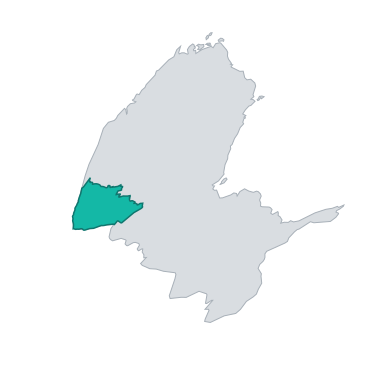 where North Karelia sits in Finland, rotated 143°
{"feature_id": "FIN-3190", "entity_name": "North Karelia", "entity_type": "Province", "adm_level": 1, "iso_a3": "FIN", "parent_name": "Finland", "parent_adm1": "", "projection": "equal_earth", "projection_center": [29.553, 62.804], "detail": "fine", "context": "in_parent", "style": "filled", "palette": "teal", "viewbox_px": 384, "rotation_deg": 143, "n_neighbors": 0, "source": "natural_earth", "source_scale": "10m", "svg_char_len": 6231}
<svg xmlns="http://www.w3.org/2000/svg" viewBox="0 0 384 384"><g transform="rotate(143 192 192)"><path d="M148.1,162.9L146.1,158.6L143.2,154.8L139.9,153.8L138.9,152.4L138.5,149.4L139.2,147.1L142.9,144.9L143.7,141.9L145.8,139.5L144.9,138.0L139.5,133.6L138.8,132.2L138.6,129.8L141.9,127.7L141.2,125.6L135.3,124.7L135.6,123.4L137.4,121.3L136.6,119.5L136.9,115.5L139.9,113.7L136.5,112.3L133.4,109.8L130.5,109.7L128.9,107.0L124.0,104.6L106.3,101.3L95.5,97.6L89.8,94.6L84.5,93.0L84.1,91.4L78.5,90.2L79.7,89.5L84.2,89.5L87.8,90.1L89.1,89.3L87.8,87.0L88.1,86.4L92.4,85.2L99.2,85.2L113.2,94.1L115.3,97.0L129.0,98.0L130.5,98.7L134.2,98.5L142.3,97.1L145.5,95.1L148.5,95.3L168.0,99.7L171.0,98.7L173.0,96.0L174.6,94.8L176.9,93.9L181.5,93.4L185.2,91.2L185.8,85.0L187.6,83.2L191.2,77.2L197.4,74.5L202.0,71.7L206.4,71.4L214.4,71.9L224.0,69.1L230.1,68.7L240.8,73.7L255.9,76.8L259.8,81.0L257.9,82.6L249.7,87.2L249.4,88.4L252.2,90.5L240.6,93.0L241.5,93.7L247.5,94.1L248.2,95.0L241.9,100.9L241.7,102.0L246.2,108.5L260.0,111.3L263.8,114.3L273.6,120.1L272.6,122.8L257.8,133.0L254.5,135.8L254.0,137.6L262.5,145.9L266.9,151.9L271.9,156.2L275.9,163.3L276.1,165.8L267.9,167.2L270.1,168.5L268.2,170.8L267.9,174.0L265.6,176.1L266.0,176.7L270.0,177.2L270.3,178.6L270.0,179.5L265.9,181.2L265.5,182.9L267.6,185.9L269.4,186.9L275.7,187.8L276.5,188.6L276.7,190.8L273.8,192.9L273.8,193.7L276.5,197.6L284.8,200.8L285.7,203.1L285.7,204.7L285.2,206.1L278.8,211.5L274.0,213.2L283.5,219.0L300.4,226.4L307.8,232.8L308.4,234.6L303.0,242.7L300.8,245.0L287.0,254.1L267.5,269.3L257.6,276.1L238.4,286.4L224.5,296.1L216.8,298.0L211.0,295.9L208.0,296.4L205.2,297.8L195.6,299.4L195.3,297.8L197.4,293.6L196.6,293.7L194.9,295.7L193.9,298.0L192.1,299.1L188.1,299.6L184.3,297.7L182.5,297.8L184.3,300.5L184.2,301.3L182.2,301.2L177.8,303.3L176.9,303.3L175.6,301.6L170.9,303.5L166.6,303.8L164.0,305.3L151.3,307.5L147.6,310.0L145.3,309.4L131.0,311.5L125.1,310.9L118.5,314.8L113.4,315.3L118.8,311.3L119.1,310.0L116.4,309.3L114.5,307.9L112.8,304.9L111.8,304.7L109.9,308.5L106.5,309.8L102.3,309.8L101.8,308.1L102.7,306.6L102.0,306.3L102.7,305.1L104.9,305.0L105.5,304.4L105.5,303.6L103.8,302.9L105.6,300.3L98.2,299.7L89.2,296.9L88.3,294.5L83.8,296.2L79.9,294.5L79.4,293.4L78.9,284.6L79.4,282.1L81.9,279.2L82.9,276.2L83.1,270.9L84.4,270.9L83.0,269.1L85.2,268.7L85.5,268.1L81.2,259.6L78.4,257.7L81.1,251.6L80.9,250.2L80.6,248.5L77.2,246.7L76.2,241.3L77.4,238.3L84.7,233.0L85.2,230.9L89.2,230.7L87.5,228.8L87.1,226.5L92.8,225.7L94.9,226.4L99.9,225.5L104.5,223.8L103.0,220.6L105.3,220.5L104.6,219.8L104.8,219.0L106.5,219.3L109.5,217.1L109.7,215.4L114.7,214.5L120.6,211.0L125.8,209.2L131.4,205.8L133.7,205.6L135.0,203.3L141.2,199.8L143.5,197.1L149.2,193.9L155.0,188.5L155.6,187.0L164.1,184.9L171.6,185.5L171.5,184.2L170.4,183.3L173.6,181.9L173.0,179.8L171.2,178.7L173.5,170.6L171.3,169.0L162.7,166.3L159.2,166.1L157.3,164.0L158.4,161.6L153.5,163.5L148.1,162.9ZM95.1,300.9L100.4,300.9L101.7,302.4L99.3,303.3L99.0,304.4L100.2,306.1L97.8,306.1L96.4,304.2L93.9,302.8L95.1,300.9ZM162.2,182.4L158.9,183.2L156.3,182.7L156.3,181.1L160.9,180.0L165.5,181.2L163.2,181.5L162.2,182.4ZM80.4,224.7L80.2,226.1L83.3,225.1L84.5,225.5L84.3,226.7L83.2,226.5L80.6,227.8L78.4,226.6L77.1,224.7L80.4,224.7ZM80.1,296.3L79.7,297.5L76.6,297.6L75.4,296.4L74.9,294.3L76.1,293.4L76.8,294.5L80.1,296.3ZM92.1,301.5L90.4,301.6L88.2,300.2L87.9,299.7L88.9,299.4L88.5,297.9L90.3,298.7L91.2,299.7L90.2,299.9L92.1,301.5ZM88.1,306.8L85.8,307.7L84.9,307.5L85.2,305.9L86.6,305.2L88.9,305.1L88.1,306.8ZM83.4,307.6L81.3,307.9L80.1,307.1L82.1,305.9L83.6,306.0L83.9,306.7L83.4,307.6Z" fill="#d9dde1" stroke="#a8b0b8" stroke-width="1"/><path d="M274.2,212.9L273.8,213.0L274.2,213.7L279.6,217.0L282.6,218.3L284.0,219.3L284.4,219.8L285.0,220.0L292.4,222.2L295.8,224.4L300.3,226.0L300.9,226.3L301.4,226.7L301.6,227.2L301.6,227.7L301.8,228.3L302.0,228.8L302.3,229.2L302.8,229.6L304.2,230.1L304.9,230.5L306.3,231.7L306.9,231.9L307.1,232.0L307.7,232.5L308.0,233.1L308.4,233.7L309.1,234.1L307.2,236.1L306.4,237.1L305.7,238.2L304.7,240.6L304.3,241.2L303.3,242.0L302.9,242.6L302.4,243.8L302.1,244.4L301.6,244.7L300.4,245.1L300.1,245.3L299.8,245.6L299.4,246.2L296.3,248.1L296.0,248.4L295.4,249.3L295.0,249.6L294.6,249.8L292.1,250.8L290.1,252.0L289.3,252.2L288.9,252.4L288.6,252.6L288.0,253.5L285.2,255.6L282.0,257.6L277.7,261.3L275.7,261.3L264.6,264.6L266.6,263.1L267.5,262.0L267.4,261.5L267.1,261.3L267.5,260.9L267.4,260.7L266.0,259.9L265.8,259.4L265.9,259.1L266.2,258.6L266.7,258.1L266.2,257.7L265.5,257.5L264.2,256.7L263.1,255.8L262.3,254.8L261.9,254.2L261.4,253.2L261.3,252.2L261.4,251.7L261.3,251.1L260.8,250.8L260.0,250.1L259.6,249.7L259.0,248.8L258.3,247.5L257.6,246.8L256.7,246.6L256.1,246.8L255.7,247.3L255.2,247.4L254.5,247.3L254.3,247.1L254.4,246.7L254.1,246.6L253.9,246.5L253.9,246.2L254.0,245.9L254.2,245.5L254.4,245.1L254.6,244.9L254.4,244.7L252.6,244.2L252.4,244.1L252.9,243.9L252.7,243.7L251.8,243.3L251.2,243.0L251.1,242.8L250.5,242.4L250.1,242.3L248.2,241.3L247.8,241.1L244.5,240.5L244.7,240.1L244.9,239.8L245.1,239.7L245.4,239.5L244.2,238.2L244.8,237.6L246.0,237.3L246.4,237.0L247.0,236.1L247.6,236.1L248.5,236.4L249.4,236.9L250.4,237.3L251.1,237.1L253.9,235.8L254.1,235.5L253.0,235.2L252.3,234.8L251.8,234.3L251.1,234.0L250.8,233.8L250.6,233.5L250.8,233.3L251.3,233.6L251.7,233.6L251.9,233.5L252.0,233.4L251.9,233.4L251.5,233.1L251.4,233.1L251.6,232.9L251.9,232.7L253.1,232.3L253.4,232.2L253.3,231.7L249.4,230.2L245.9,227.5L244.9,227.0L244.2,226.7L243.7,226.4L244.6,225.7L244.3,225.5L244.5,225.3L245.6,224.8L245.7,224.7L245.6,224.4L246.3,223.8L246.6,223.5L246.7,223.2L246.8,222.6L246.8,222.4L246.9,222.2L246.7,221.8L245.7,221.4L245.1,221.1L244.7,220.7L244.4,220.1L244.2,219.5L243.9,219.0L243.7,218.7L243.6,218.3L243.8,218.1L244.3,217.9L244.8,217.9L245.0,217.8L244.7,217.6L244.1,217.3L243.7,216.7L243.5,216.0L243.1,215.2L243.5,214.8L243.5,214.7L243.3,214.5L242.9,214.4L242.3,214.2L240.5,214.1L240.0,213.9L238.8,213.1L238.1,212.7L239.9,211.0L240.3,210.5L240.4,210.3L240.4,209.9L240.5,209.8L241.6,209.5L242.8,209.5L250.8,210.5L266.6,209.7L267.0,209.9L267.3,210.1L268.4,213.3L268.6,213.5L268.9,213.7L269.1,213.7L269.4,213.7L272.7,212.9L273.8,212.8L274.2,212.9L274.2,212.9Z" fill="#14b8a6" stroke="#0f766e" stroke-width="1.5"/></g></svg>